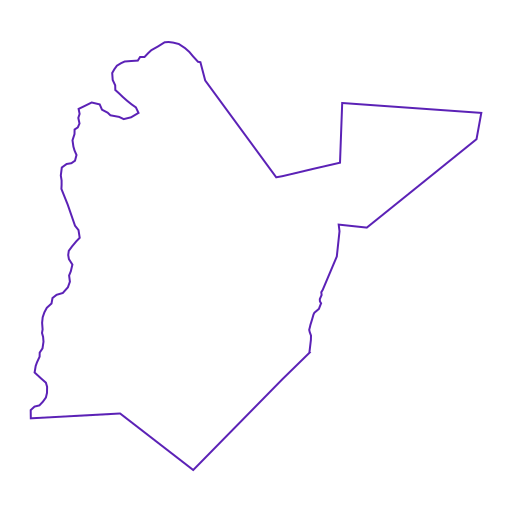 outline of San Lucas Camotlán, Oaxaca, Mexico
{"feature_id": "50627088B23894321184997", "entity_name": "San Lucas Camotlán", "entity_type": "district", "adm_level": 2, "iso_a3": "MEX", "parent_name": "Mexico", "parent_adm1": "Oaxaca", "projection": "albers", "projection_center": [-95.705, 16.936], "detail": "fine", "context": "isolated", "style": "outline", "palette": "violet", "viewbox_px": 512, "rotation_deg": 0, "n_neighbors": 0, "source": "geoboundaries", "source_scale": "gbopen_adm2", "svg_char_len": 1739}
<svg xmlns="http://www.w3.org/2000/svg" viewBox="0 0 512 512"><path d="M481.3,112.9L342.2,103.0L340.0,162.7L312.6,169.0L282.3,176.2L276.2,177.3L205.2,80.5L200.4,62.2L198.0,61.8L192.9,56.2L189.3,51.9L185.0,48.1L178.8,44.0L173.2,42.6L168.5,42.0L164.6,42.3L157.9,46.5L151.3,50.2L148.2,53.1L144.5,57.0L140.1,57.0L137.8,60.6L131.3,61.0L124.7,61.5L121.2,63.1L116.9,65.7L114.3,69.3L112.2,73.0L112.7,80.0L115.2,85.3L115.3,90.0L119.1,93.4L122.6,96.8L126.9,100.6L131.5,104.3L135.9,107.4L138.5,112.9L134.8,115.1L131.1,117.3L123.7,119.1L119.1,116.9L110.4,115.3L107.7,112.7L102.0,109.7L99.7,104.4L91.7,102.5L84.2,106.2L78.6,108.9L79.6,113.9L78.3,117.9L79.5,123.5L77.8,127.4L74.6,129.5L74.5,134.1L72.5,140.3L73.4,146.6L74.5,150.4L76.5,155.0L75.0,160.7L71.4,163.2L66.6,164.0L61.8,167.5L60.8,175.5L61.6,180.5L61.6,184.9L61.4,188.9L67.7,204.6L75.0,225.7L78.5,230.1L79.7,237.8L76.3,241.3L72.2,246.2L68.8,250.8L68.2,255.0L68.9,259.1L72.4,264.6L70.8,271.3L69.1,275.5L69.9,281.7L67.9,287.3L62.8,293.0L56.6,294.8L52.5,298.0L51.5,303.5L46.8,307.8L44.4,312.3L42.7,317.2L42.1,322.8L42.6,329.4L42.0,333.0L43.1,336.9L43.5,341.7L42.5,348.4L39.7,352.6L39.6,356.7L37.0,362.3L35.7,365.9L34.6,372.5L40.8,378.2L45.9,382.7L47.1,386.8L47.0,392.9L45.9,397.5L42.9,401.7L39.4,405.4L34.5,406.6L30.7,410.1L30.8,418.3L31.2,418.3L119.9,413.5L120.1,413.5L193.2,470.0L193.6,469.6L282.3,379.3L309.6,352.6L309.4,352.5L310.9,339.9L311.0,335.6L309.7,332.0L309.2,329.8L309.9,327.1L310.4,324.9L312.1,319.4L313.5,314.5L314.4,312.7L316.3,311.1L318.9,308.9L320.2,305.5L321.1,303.3L320.5,302.4L319.9,301.2L319.8,299.1L321.6,295.0L321.3,292.2L322.7,289.9L336.8,256.5L339.5,231.3L338.7,224.6L366.8,227.6L430.5,176.3L476.5,139.2L481.3,112.9Z" fill="none" stroke="#5b21b6" stroke-width="2"/></svg>